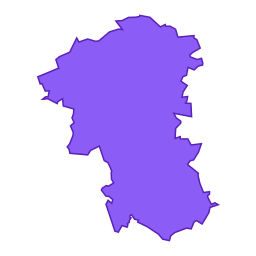 the district of Bēnes pag., Auces, Latvia, rotated 180°
{"feature_id": "27541924B36472446612292", "entity_name": "Bēnes pag.", "entity_type": "district", "adm_level": 2, "iso_a3": "LVA", "parent_name": "Latvia", "parent_adm1": "Auces", "projection": "albers", "projection_center": [23.066, 56.462], "detail": "medium", "context": "isolated", "style": "filled", "palette": "violet", "viewbox_px": 256, "rotation_deg": 180, "n_neighbors": 0, "source": "geoboundaries", "source_scale": "gbopen_adm2", "svg_char_len": 1829}
<svg xmlns="http://www.w3.org/2000/svg" viewBox="0 0 256 256"><g transform="rotate(180 128 128)"><path d="M47.1,43.4L46.0,48.5L37.8,51.3L41.1,53.2L44.7,51.7L48.3,58.9L48.3,60.4L46.5,61.8L46.5,64.3L52.5,63.5L56.2,72.8L58.0,80.8L57.6,82.7L68.4,91.4L66.1,95.1L62.4,96.1L57.6,103.7L54.6,112.3L64.9,111.0L68.2,117.1L75.6,117.0L75.8,119.4L80.9,117.6L80.3,127.7L75.3,132.8L75.2,134.8L79.7,138.0L82.2,142.7L64.4,139.3L65.1,152.6L70.4,152.9L69.1,155.1L68.4,159.5L74.0,158.7L72.9,164.1L68.7,170.5L75.0,174.8L73.1,179.4L69.5,180.7L68.0,188.6L61.8,186.1L57.8,189.9L53.5,190.9L53.2,192.7L54.5,197.7L58.8,196.5L65.7,199.1L66.1,201.0L63.2,203.6L55.8,207.9L59.2,216.4L62.1,217.9L62.0,220.4L78.1,218.9L80.4,226.7L85.9,229.8L90.3,229.8L90.8,231.5L95.6,229.1L106.1,238.7L116.2,240.6L116.6,239.5L120.2,238.8L127.5,238.6L133.9,235.4L140.1,235.0L133.6,226.4L137.4,226.9L146.5,224.1L157.2,215.1L160.5,214.7L168.3,217.0L177.0,214.0L179.3,218.0L186.3,203.8L196.6,199.3L200.1,196.4L197.3,187.9L218.2,179.2L215.8,172.0L214.1,172.5L210.7,164.9L206.8,165.2L207.9,159.2L210.4,159.2L213.4,156.8L208.0,157.2L198.8,152.4L198.1,154.5L193.4,157.2L192.7,150.0L182.2,147.0L182.5,142.2L184.0,138.1L181.9,133.3L185.5,130.2L182.7,123.3L183.1,120.4L186.4,112.0L188.8,109.2L186.9,106.6L186.1,102.7L168.3,101.1L165.3,105.7L156.7,109.9L151.8,95.4L148.1,93.4L146.7,90.7L144.2,84.6L144.8,83.4L144.5,76.9L142.4,73.0L147.4,69.9L149.8,70.4L153.9,67.7L154.6,65.9L150.1,59.9L146.9,59.5L143.2,56.3L144.3,52.7L147.9,55.7L150.0,51.7L141.1,24.9L137.7,23.8L134.0,30.4L128.9,28.8L128.1,31.1L128.6,32.4L126.8,33.5L126.6,35.6L125.0,38.1L125.9,38.4L126.1,40.3L124.5,41.4L121.5,36.8L117.5,35.9L118.3,33.9L108.6,29.2L97.5,21.8L93.3,16.8L86.6,15.4L85.2,20.3L81.1,23.5L69.4,27.9L64.8,27.1L61.9,34.1L59.5,35.4L53.9,32.0L47.1,43.4Z" fill="#8b5cf6" stroke="#5b21b6" stroke-width="1.5"/></g></svg>